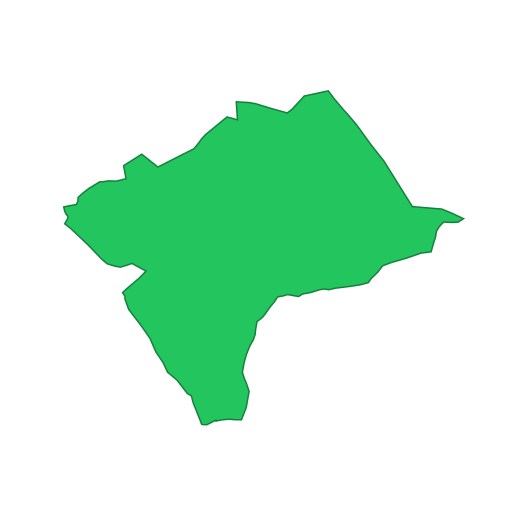 Al-Muqdadiya, Diyala, Iraq, rotated 10°
{"feature_id": "34846034B81294640274407", "entity_name": "Al-Muqdadiya", "entity_type": "district", "adm_level": 2, "iso_a3": "IRQ", "parent_name": "Iraq", "parent_adm1": "Diyala", "projection": "robinson", "projection_center": [44.954, 33.88], "detail": "fine", "context": "isolated", "style": "filled", "palette": "green", "viewbox_px": 512, "rotation_deg": 10, "n_neighbors": 0, "source": "geoboundaries", "source_scale": "gbopen_adm2", "svg_char_len": 1767}
<svg xmlns="http://www.w3.org/2000/svg" viewBox="0 0 512 512"><g transform="rotate(10 256 256)"><path d="M62.0,257.5L68.9,261.2L88.3,274.0L104.6,285.9L110.7,289.5L117.2,290.3L118.9,290.5L124.5,290.5L130.5,287.4L135.2,284.9L146.0,288.5L150.3,290.0L144.7,298.2L134.4,310.6L130.9,315.3L133.9,318.3L134.1,319.4L134.3,320.9L139.9,330.7L155.0,344.6L165.8,355.4L174.0,367.8L183.0,377.1L189.1,385.8L199.8,392.0L212.3,403.4L216.6,404.9L219.7,411.6L228.3,425.5L231.7,431.2L233.5,431.2L236.9,430.7L241.7,427.1L245.1,424.5L245.3,425.5L250.3,423.5L257.6,421.4L263.6,420.9L270.1,419.8L272.7,407.0L272.7,396.1L272.7,390.5L268.8,383.3L265.8,378.6L262.8,373.0L262.8,368.8L262.8,363.7L263.6,354.9L265.4,346.2L267.9,339.0L268.8,333.3L268.4,328.6L268.4,324.0L268.4,320.4L272.7,315.8L274.8,312.2L278.7,303.9L282.2,297.7L284.3,292.6L289.9,290.5L293.8,288.5L305.0,288.5L308.4,285.4L316.6,282.3L324.4,278.2L329.1,276.6L333.4,276.6L339.5,274.0L354.5,269.4L363.6,266.3L371.3,262.7L373.1,258.6L378.7,250.8L382.5,243.6L390.3,239.0L404.9,231.8L417.8,224.6L427.7,221.5L428.6,212.7L429.5,206.5L429.4,200.4L431.2,195.7L433.7,191.6L435.0,190.0L442.8,189.0L447.1,188.0L449.2,187.5L453.9,183.2L441.2,179.8L430.8,177.5L417.9,178.7L401.4,180.2L383.3,160.1L365.6,140.4L350.2,126.7L332.1,109.2L320.9,99.9L317.4,97.3L306.2,88.0L298.5,80.8L275.7,90.1L266.2,105.0L261.9,109.7L245.5,108.1L229.2,106.1L222.3,106.1L209.8,107.6L214.1,125.1L203.3,124.1L185.2,145.2L182.2,149.9L179.2,156.0L176.2,161.2L165.6,169.1L155.5,176.7L143.9,185.4L125.8,175.6L109.9,190.0L114.6,202.4L105.5,206.5L97.8,207.6L91.8,209.6L89.2,210.1L79.7,218.4L74.1,224.6L70.6,229.2L71.1,232.8L70.2,236.4L62.0,239.5L58.1,241.1L59.9,245.2L61.6,247.8L63.7,249.3L64.2,251.4L62.0,257.5Z" fill="#22c55e" stroke="#15803d" stroke-width="1.5"/></g></svg>